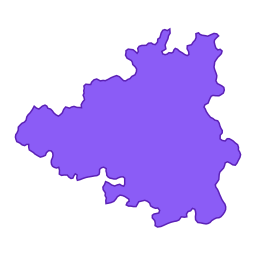 the district of Pavão, Minas Gerais, Brazil
{"feature_id": "56859067B53491956407625", "entity_name": "Pavão", "entity_type": "district", "adm_level": 2, "iso_a3": "BRA", "parent_name": "Brazil", "parent_adm1": "Minas Gerais", "projection": "orthographic", "projection_center": [-41.066, -17.465], "detail": "fine", "context": "isolated", "style": "filled", "palette": "violet", "viewbox_px": 256, "rotation_deg": 0, "n_neighbors": 0, "source": "geoboundaries", "source_scale": "gbopen_adm2", "svg_char_len": 4569}
<svg xmlns="http://www.w3.org/2000/svg" viewBox="0 0 256 256"><path d="M218.6,35.9L216.8,33.9L214.0,33.4L210.5,34.9L207.7,36.2L205.5,35.7L202.0,35.2L199.9,34.3L198.5,32.8L195.9,33.7L196.1,37.5L195.1,40.0L193.2,42.1L191.5,44.7L189.6,45.2L187.3,45.8L187.1,48.8L188.6,51.6L188.9,54.5L187.2,55.6L184.8,54.6L182.4,52.9L179.4,51.2L177.5,49.3L175.3,48.4L173.9,50.0L173.3,51.9L171.7,53.0L168.9,52.7L167.2,54.1L165.1,54.7L162.8,53.9L161.8,51.4L163.7,50.4L165.9,48.9L165.1,45.1L166.2,42.3L167.9,38.8L168.5,35.8L170.1,33.2L169.8,29.0L167.3,30.6L164.8,29.6L162.8,30.3L161.2,33.0L160.6,35.2L159.9,37.7L157.8,39.1L157.5,42.1L155.3,44.6L153.0,44.2L151.3,43.0L148.5,43.2L146.3,45.3L143.9,45.4L141.9,45.4L139.2,46.3L137.7,48.4L138.3,51.5L137.1,53.3L135.3,51.5L133.0,49.7L130.3,49.4L128.2,49.1L126.0,50.7L126.0,52.7L125.5,55.2L127.1,58.2L129.3,59.4L131.3,60.5L132.3,62.1L132.8,64.6L135.1,66.7L136.6,69.0L136.4,71.8L135.0,74.8L131.9,76.4L129.9,78.7L127.9,79.4L125.7,80.9L123.6,80.7L121.8,79.0L119.4,76.7L116.6,75.6L113.7,76.6L111.1,77.7L108.3,79.3L105.3,80.7L103.1,80.4L100.3,80.9L98.5,79.9L96.7,79.0L94.0,79.8L91.6,82.2L90.7,84.5L88.7,84.5L85.8,84.2L83.9,86.0L84.3,88.5L83.7,90.8L84.1,93.1L83.1,95.2L84.0,97.3L84.5,99.8L82.7,101.9L81.2,104.6L81.5,107.7L79.5,107.5L76.9,107.4L74.0,106.4L71.6,107.0L69.4,108.2L67.5,107.5L65.6,107.0L63.7,109.4L62.4,112.7L60.4,114.7L58.4,116.1L55.8,114.7L53.6,112.7L52.4,110.9L50.6,109.1L47.8,108.2L46.8,106.1L45.0,105.1L42.4,106.1L40.5,107.7L38.9,109.0L36.6,108.2L34.2,106.2L32.5,109.4L30.2,112.7L28.1,114.8L26.8,116.9L26.1,120.1L24.5,122.1L21.9,123.3L19.9,125.3L18.3,127.1L18.2,130.2L17.0,132.9L15.8,134.6L15.4,137.1L15.9,139.2L16.8,141.6L19.8,143.0L22.2,144.9L24.7,145.6L26.7,144.4L28.7,144.4L28.7,147.2L29.3,149.9L31.8,151.5L33.4,152.5L34.8,153.9L37.4,155.5L40.3,157.1L43.0,156.4L45.4,155.3L46.4,152.7L48.7,150.6L51.2,150.9L52.7,152.8L53.0,155.4L52.5,157.7L51.4,160.2L51.2,162.2L51.5,164.3L52.5,166.2L54.2,167.3L56.4,168.0L58.7,167.3L59.5,170.2L59.3,174.1L61.5,175.4L64.1,175.0L67.3,175.1L68.9,177.1L71.0,178.5L72.9,178.1L73.9,175.8L75.3,173.8L77.2,175.1L76.7,178.1L77.4,180.3L80.1,179.6L82.8,178.5L85.8,177.5L88.0,177.0L91.2,176.5L94.4,175.9L97.0,175.6L99.0,174.4L99.5,172.4L99.6,169.4L101.5,167.7L103.7,167.2L106.2,168.6L106.0,171.0L106.6,173.0L106.8,175.3L108.1,177.0L109.9,178.1L111.9,178.5L114.0,179.0L116.0,179.0L118.3,177.8L120.8,176.9L123.1,176.8L124.7,178.2L124.7,181.0L124.7,184.3L123.7,186.2L121.6,185.5L119.7,184.3L117.3,184.9L114.7,186.0L111.7,185.0L108.6,182.8L105.6,181.6L104.6,184.4L102.9,187.1L103.2,189.7L105.4,192.9L105.1,195.7L106.4,197.9L105.8,200.5L106.0,203.6L108.2,203.2L110.9,202.6L113.8,201.4L115.7,199.3L117.4,196.7L120.0,195.1L122.8,195.6L125.2,196.7L126.8,197.8L128.8,199.1L129.1,201.3L127.3,202.4L126.2,204.9L128.5,206.1L130.9,206.1L133.5,206.6L136.0,206.6L137.3,204.4L138.7,201.8L141.3,201.1L144.8,200.3L147.4,201.3L149.7,203.1L150.6,205.9L153.0,207.4L155.5,208.3L157.8,208.0L159.7,210.3L158.8,213.0L156.0,213.6L154.0,214.0L152.3,215.3L152.3,217.9L154.7,220.6L155.3,223.2L155.1,225.6L157.5,227.0L160.9,226.5L163.5,225.4L165.9,224.3L168.1,223.3L171.1,222.2L174.2,221.4L176.6,221.0L179.0,220.0L181.3,216.8L184.4,217.2L186.8,216.8L186.5,213.9L188.1,211.5L190.6,210.8L192.5,208.4L194.8,209.3L195.5,211.5L195.8,213.8L195.4,216.8L195.6,219.8L197.8,222.5L200.9,222.9L203.5,223.5L206.1,223.9L208.0,223.5L210.0,222.5L211.7,220.6L214.4,218.9L216.6,217.9L219.1,217.7L220.9,216.7L223.0,214.4L224.6,212.0L225.6,209.6L225.7,206.8L224.9,204.1L223.4,202.0L221.8,199.4L220.6,196.7L219.6,194.5L218.7,192.1L217.5,189.5L215.8,187.1L215.3,184.7L216.5,183.1L217.7,181.4L218.8,179.6L219.0,176.8L219.2,174.3L219.9,172.0L221.8,170.0L223.6,168.0L224.6,165.4L225.2,162.9L227.4,161.8L230.0,163.0L232.7,164.8L235.3,165.2L237.0,163.1L238.4,160.2L239.9,157.5L240.6,154.6L239.7,152.1L238.4,149.9L238.5,147.3L237.6,144.7L235.2,142.9L233.2,141.0L231.1,139.7L229.2,138.7L227.2,138.7L225.1,141.0L222.1,140.4L220.1,138.9L220.2,135.2L222.2,132.9L222.3,130.6L220.9,128.3L219.8,125.6L219.2,123.2L217.7,120.8L214.8,120.1L212.9,118.5L210.5,117.3L208.2,114.5L206.3,111.6L205.2,108.9L204.0,107.1L205.0,104.7L208.1,103.1L209.0,100.7L210.0,98.4L211.2,96.2L212.9,95.4L215.6,95.7L219.0,95.8L220.8,94.8L223.3,93.1L224.3,90.1L223.8,87.4L221.7,85.8L219.2,84.5L217.3,83.5L215.9,80.7L216.6,77.8L216.8,75.7L216.1,73.4L215.3,71.3L214.6,69.4L214.0,67.0L214.4,64.6L214.7,62.0L216.1,59.8L217.8,57.3L219.7,55.5L221.4,53.6L222.1,51.0L220.2,49.3L217.8,49.9L215.8,47.9L214.8,44.8L214.2,42.0L214.6,39.9L216.6,37.7L218.6,35.9Z" fill="#8b5cf6" stroke="#5b21b6" stroke-width="1.5"/></svg>